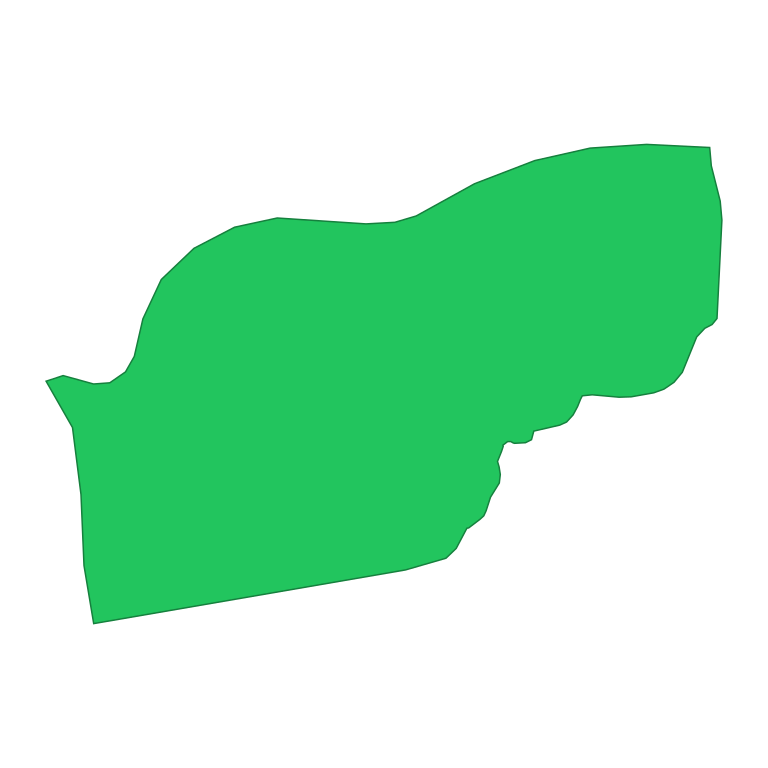 map outline of Ifugao (Albers equal-area conic projection)
{"feature_id": "PHL-2551", "entity_name": "Ifugao", "entity_type": "Province", "adm_level": 1, "iso_a3": "PHL", "parent_name": "Philippines", "parent_adm1": "", "projection": "albers", "projection_center": [121.298, 16.844], "detail": "fine", "context": "isolated", "style": "filled", "palette": "green", "viewbox_px": 768, "rotation_deg": 0, "n_neighbors": 0, "source": "natural_earth", "source_scale": "10m", "svg_char_len": 929}
<svg xmlns="http://www.w3.org/2000/svg" viewBox="0 0 768 768"><path d="M709.7,147.5L711.3,165.8L720.2,201.1L721.9,220.1L717.0,318.5L712.1,324.5L704.8,328.3L696.7,336.9L682.3,372.3L674.0,382.3L664.0,389.1L653.8,392.8L631.3,396.8L619.1,397.2L592.2,394.8L582.3,395.8L580.6,399.1L577.6,406.5L573.1,414.9L566.6,422.0L559.8,425.1L533.8,431.1L531.5,439.7L525.5,442.7L514.5,443.3L513.1,442.9L510.9,441.6L507.6,441.6L502.9,445.2L503.2,446.4L501.5,451.5L497.5,461.4L499.1,466.9L500.3,474.5L499.3,483.0L490.5,497.2L486.1,510.8L483.8,515.8L480.1,519.2L468.7,527.9L466.9,528.2L456.2,548.4L446.0,558.2L405.6,569.9L93.7,623.6L84.0,565.6L81.0,494.6L72.5,427.5L46.1,381.2L63.1,375.6L93.6,384.0L109.8,382.8L125.5,371.9L134.3,356.4L142.9,318.9L161.3,279.5L194.0,248.3L234.6,227.2L277.2,218.0L366.0,223.9L394.9,222.3L416.1,216.0L474.6,183.7L534.7,160.6L590.1,148.1L646.6,144.4L709.7,147.5Z" fill="#22c55e" stroke="#15803d" stroke-width="1.5"/></svg>